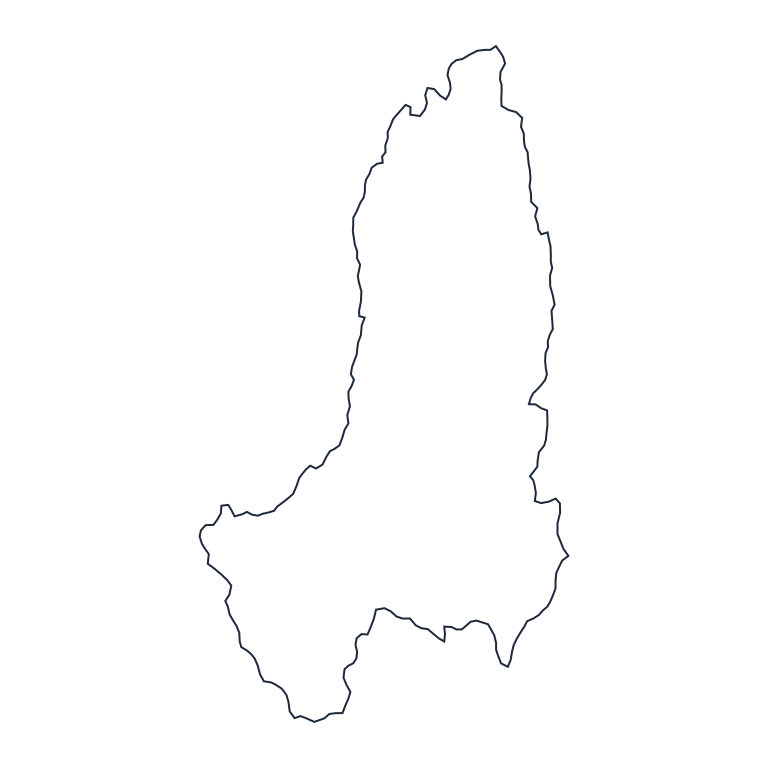 São João Evangelista, Minas Gerais, Brazil
{"feature_id": "56859067B41003336819861", "entity_name": "São João Evangelista", "entity_type": "district", "adm_level": 2, "iso_a3": "BRA", "parent_name": "Brazil", "parent_adm1": "Minas Gerais", "projection": "robinson", "projection_center": [-42.778, -18.496], "detail": "fine", "context": "isolated", "style": "outline", "palette": "slate", "viewbox_px": 768, "rotation_deg": 0, "n_neighbors": 0, "source": "geoboundaries", "source_scale": "gbopen_adm2", "svg_char_len": 3605}
<svg xmlns="http://www.w3.org/2000/svg" viewBox="0 0 768 768"><path d="M535.6,404.4L528.9,404.2L530.7,398.0L533.3,393.1L536.9,389.7L541.0,385.3L545.1,380.0L546.9,374.4L545.9,368.9L545.1,361.2L545.6,352.9L548.1,347.1L547.7,341.4L549.7,335.0L552.8,329.0L552.3,321.3L551.5,310.8L554.6,304.7L552.8,295.3L550.2,286.1L550.0,275.6L552.2,267.9L550.8,261.9L550.8,253.7L550.5,246.1L549.2,240.8L547.6,232.4L541.2,234.3L538.4,229.8L537.7,223.9L535.1,216.4L537.4,208.1L531.2,201.9L531.0,194.0L529.5,186.5L530.5,178.8L529.9,170.3L528.7,164.2L528.1,158.5L527.6,152.1L525.0,147.2L524.0,141.5L523.8,133.6L521.0,126.7L522.2,117.9L516.1,112.1L508.5,110.0L501.5,105.9L501.3,98.3L501.6,91.2L501.6,84.7L500.0,79.6L500.5,72.0L505.1,63.5L503.1,56.8L500.3,52.3L495.9,46.1L490.3,49.9L484.4,49.9L477.2,50.8L469.2,54.9L462.5,59.0L456.3,60.2L451.6,63.8L448.8,68.5L447.5,75.2L450.0,82.7L450.6,88.8L448.8,94.6L445.9,99.4L440.0,95.5L434.2,89.1L427.5,88.0L425.2,95.2L427.0,103.0L424.9,109.6L420.0,116.0L410.3,114.7L410.5,107.1L405.5,104.9L400.9,110.2L396.3,115.3L393.0,119.4L390.6,125.6L387.6,132.1L387.8,138.0L385.3,145.6L385.5,152.3L382.1,156.5L382.7,162.7L377.0,163.8L371.7,167.7L369.6,173.6L366.0,179.8L364.9,185.6L364.9,191.6L363.7,197.4L360.3,202.8L357.0,210.7L353.3,217.7L353.2,225.8L352.8,231.3L353.8,237.5L354.8,244.4L357.2,251.6L357.0,258.1L360.1,264.7L359.0,270.5L357.8,276.0L359.0,282.8L361.4,291.4L360.9,301.7L359.1,310.6L359.3,316.2L364.7,317.6L361.7,325.5L360.9,335.2L358.1,342.6L357.3,348.2L356.8,354.2L354.6,360.0L352.0,367.1L350.9,374.4L354.0,379.8L351.5,386.2L348.4,391.6L348.6,398.3L349.9,406.3L347.3,415.1L348.4,423.4L344.6,429.8L342.5,437.1L339.4,445.4L334.5,448.9L329.9,451.2L326.3,456.9L322.5,464.6L316.0,468.5L310.2,465.7L305.9,469.5L302.5,473.6L299.2,478.1L296.6,485.8L293.3,493.7L288.2,498.2L281.5,503.4L277.1,506.7L274.0,510.8L268.0,512.6L262.6,513.8L257.8,515.7L251.8,514.6L246.9,511.9L242.1,514.3L234.6,516.3L231.3,509.9L228.2,504.9L221.4,505.7L220.9,513.4L217.3,519.6L213.4,524.9L205.5,525.2L200.9,530.5L199.6,536.4L201.9,543.8L205.2,549.1L208.8,554.1L207.8,563.8L215.0,569.1L221.6,574.7L227.3,580.2L231.3,585.6L229.4,594.7L225.3,600.9L227.8,606.5L229.6,614.4L233.6,621.3L236.5,625.9L239.3,632.8L239.7,641.5L241.3,647.1L247.2,650.7L251.6,654.6L254.7,658.6L257.5,665.0L260.1,674.5L263.9,681.3L271.1,682.4L275.7,684.7L281.7,688.6L286.4,694.8L288.4,701.6L289.7,711.4L294.6,718.1L300.5,716.1L306.6,718.4L314.3,721.9L324.2,718.4L329.4,714.0L335.8,713.1L342.5,713.1L345.3,705.7L348.4,698.6L350.4,691.9L346.6,685.1L343.5,677.7L344.5,669.3L348.4,665.7L353.2,663.3L356.4,658.4L357.1,651.8L355.5,644.8L356.6,638.3L361.5,634.1L367.5,634.5L370.1,628.5L372.2,623.2L374.0,618.2L376.0,609.7L384.5,608.2L390.9,611.4L396.5,616.5L402.4,618.5L410.0,618.5L415.7,625.3L421.6,628.3L427.8,629.1L433.6,634.1L438.8,638.3L444.2,641.5L445.0,634.1L444.2,626.6L451.5,627.0L456.4,629.4L461.8,629.4L466.6,625.3L470.7,621.7L476.7,620.6L481.8,622.3L488.0,624.2L491.3,630.0L494.3,635.4L496.1,643.0L496.1,649.7L498.1,655.7L501.0,663.3L507.8,666.8L510.7,659.8L512.0,651.8L513.8,644.8L516.6,639.0L520.7,632.1L524.6,626.2L527.1,621.2L533.3,618.5L538.9,615.0L542.9,610.4L547.3,606.7L550.4,601.4L553.0,595.2L555.5,588.6L555.5,581.1L556.3,572.9L559.1,566.8L562.2,560.5L568.4,555.9L563.5,549.0L560.6,541.7L557.5,534.1L557.5,523.2L560.1,512.9L559.9,503.4L555.7,498.6L548.6,501.7L541.2,503.1L534.8,501.0L535.9,493.1L534.6,485.4L533.3,480.2L529.9,476.3L534.0,471.1L537.4,466.6L537.6,461.0L538.9,452.2L544.1,445.7L545.9,439.8L546.6,432.4L547.4,425.7L547.4,418.9L547.1,410.4L541.3,408.3L535.6,404.4Z" fill="none" stroke="#1e293b" stroke-width="2"/></svg>